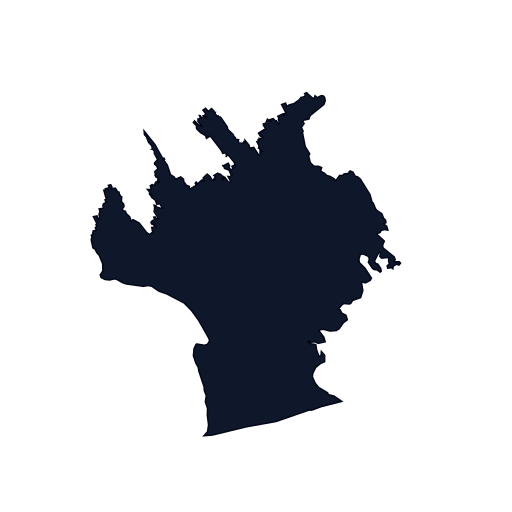 Bantul, Yogyakarta, Indonesia (Equal Earth projection), rotated 322°
{"feature_id": "22746128B15956982783625", "entity_name": "Bantul", "entity_type": "district", "adm_level": 2, "iso_a3": "IDN", "parent_name": "Indonesia", "parent_adm1": "Yogyakarta", "projection": "equal_earth", "projection_center": [110.384, -7.898], "detail": "fine", "context": "isolated", "style": "filled", "palette": "ink", "viewbox_px": 512, "rotation_deg": 322, "n_neighbors": 0, "source": "geoboundaries", "source_scale": "gbopen_adm2", "svg_char_len": 6168}
<svg xmlns="http://www.w3.org/2000/svg" viewBox="0 0 512 512"><g transform="rotate(322 256 256)"><path d="M288.8,112.2L289.2,116.9L287.8,118.5L287.6,120.3L288.3,124.9L290.4,130.1L289.4,132.8L293.9,133.3L293.7,151.3L293.0,154.7L295.2,155.7L295.0,158.7L293.1,159.2L296.3,159.0L296.5,169.2L294.8,171.5L295.1,172.6L293.5,172.5L293.6,170.8L292.3,170.5L291.6,173.0L289.7,172.9L288.9,170.3L290.8,168.5L291.2,165.7L286.1,164.9L285.3,163.8L285.7,166.1L285.1,167.6L287.6,171.7L286.5,175.9L287.3,177.2L284.1,177.4L282.9,176.1L282.0,181.6L279.8,181.3L279.9,174.6L278.5,174.0L278.3,175.1L276.5,175.7L276.7,174.4L279.3,173.7L278.3,170.8L279.0,170.8L278.2,170.4L278.1,169.0L277.0,168.7L276.9,167.2L272.4,166.6L272.8,168.6L270.6,169.4L270.9,170.9L270.2,170.9L269.2,168.6L269.5,170.3L267.8,169.6L267.6,168.1L268.4,167.3L268.7,165.1L268.0,161.4L262.5,161.9L261.7,164.8L260.3,164.4L260.4,162.8L254.2,163.1L254.5,161.0L253.8,160.9L252.8,161.4L252.6,163.5L245.3,162.6L245.4,160.9L246.4,160.2L244.7,157.4L244.9,152.8L246.2,150.8L245.9,149.0L244.9,148.4L245.4,147.3L239.9,146.0L240.2,143.4L238.7,139.3L242.1,129.7L242.3,123.6L243.4,123.7L243.8,122.4L242.6,121.5L245.0,105.8L244.8,88.6L242.8,91.7L243.0,94.5L241.3,100.4L241.7,104.7L240.5,107.9L239.7,107.7L240.4,108.7L240.4,111.0L239.1,112.4L237.8,119.5L233.5,120.1L232.6,121.1L233.1,124.1L232.4,126.9L228.0,127.2L227.1,130.1L226.2,130.0L225.8,132.3L227.0,134.1L224.9,136.1L225.6,137.8L225.2,138.7L223.8,137.9L223.6,136.4L222.4,136.0L220.1,137.3L218.6,137.1L218.1,135.7L216.0,135.6L216.2,136.4L215.3,136.7L214.4,139.3L211.4,136.7L211.6,140.1L210.2,141.4L210.2,142.7L211.6,142.7L211.5,143.7L210.3,143.5L209.9,145.7L211.0,149.8L209.7,154.2L212.3,155.5L211.8,160.5L210.7,160.2L208.0,156.5L208.1,154.8L207.0,153.2L205.9,155.5L202.9,158.4L202.3,166.4L200.3,165.2L200.7,163.3L199.4,162.4L198.5,165.0L196.1,164.3L193.8,164.9L193.6,167.1L194.8,167.1L194.4,169.2L195.5,169.1L194.7,171.4L191.4,169.3L189.3,173.6L185.3,173.5L184.3,170.3L184.3,158.2L181.5,151.6L179.0,152.0L180.6,147.3L179.9,142.6L180.7,140.4L178.9,138.0L180.8,135.9L182.3,135.9L183.7,133.7L183.5,130.1L186.6,126.8L186.1,125.8L186.6,122.6L187.4,121.4L186.5,119.9L187.0,116.0L183.2,113.7L185.0,112.9L185.4,110.5L183.8,109.6L183.1,109.4L182.7,110.9L180.6,112.1L180.7,111.1L178.5,110.2L177.2,111.6L176.5,110.6L172.9,119.4L171.6,118.8L170.7,121.4L167.8,121.0L166.3,122.1L165.3,124.5L161.4,122.3L160.5,124.8L157.7,126.7L157.0,128.5L154.9,130.3L153.9,130.0L155.4,126.5L152.1,124.9L150.6,132.3L149.1,132.8L148.8,134.6L146.7,134.8L146.2,137.5L143.1,136.0L140.4,138.5L139.1,138.2L138.1,140.4L136.2,141.6L132.5,149.2L133.4,151.6L132.6,155.2L132.9,158.8L130.4,167.7L126.1,173.5L121.6,175.0L120.7,177.6L122.6,181.6L125.9,184.8L130.4,186.9L131.8,188.5L134.4,194.9L136.5,198.1L148.5,210.5L152.7,212.8L155.2,215.5L157.8,223.9L162.4,231.1L170.4,248.7L171.6,259.3L171.2,271.0L170.0,279.6L168.1,292.1L167.0,294.4L163.4,295.7L160.4,294.6L155.1,288.8L154.3,288.8L150.2,290.8L145.3,296.0L142.7,303.2L141.9,308.3L140.2,311.2L134.6,327.0L132.3,330.5L130.8,335.5L126.3,339.7L124.0,346.2L119.7,351.4L114.6,359.9L109.7,364.6L104.3,365.6L111.5,370.3L142.7,384.4L170.0,398.8L202.8,410.0L205.1,411.8L214.7,414.9L234.1,423.4L231.2,414.3L227.7,409.8L228.2,407.8L224.4,398.0L224.4,392.3L226.0,386.0L228.4,383.5L234.4,380.6L240.7,380.4L245.0,381.6L249.0,376.5L248.7,371.5L246.1,374.3L244.7,374.5L244.1,373.0L246.0,367.2L248.6,362.6L245.0,358.7L244.2,355.3L245.1,355.3L246.1,357.6L249.7,360.1L251.3,363.2L257.7,366.2L259.5,361.8L259.6,354.7L260.4,353.1L264.1,355.4L268.1,360.7L273.4,364.2L276.9,364.5L283.7,362.4L288.7,362.5L290.4,358.1L288.4,353.7L289.2,350.3L288.3,348.5L294.3,347.3L296.1,347.7L300.0,351.3L301.5,351.7L304.7,350.5L312.8,353.2L318.9,349.0L323.1,341.4L325.8,344.6L330.9,345.5L333.3,344.6L334.4,332.8L333.4,324.7L335.2,321.8L339.0,319.1L341.6,320.1L344.1,325.1L344.2,326.6L343.1,328.5L340.7,330.1L340.2,337.4L340.6,339.2L342.9,341.6L343.9,345.2L345.3,345.1L346.6,342.7L347.0,337.4L345.6,335.2L346.4,332.8L355.3,328.7L356.0,330.1L353.3,332.6L353.7,335.1L358.6,338.1L359.3,339.4L357.1,342.0L356.4,344.3L353.3,344.5L352.3,346.7L355.6,348.6L356.0,350.3L357.8,348.5L361.5,348.9L363.1,351.2L365.5,350.6L365.4,348.8L361.1,345.3L363.5,344.5L364.3,341.7L361.1,327.9L362.4,325.4L366.3,323.3L364.7,313.6L365.9,313.0L368.1,313.9L370.3,312.9L373.5,314.2L375.8,316.8L377.3,313.2L376.4,309.1L378.8,309.8L380.2,307.6L379.8,304.9L381.2,300.1L379.3,294.5L379.3,292.2L381.0,286.4L380.6,285.1L383.6,277.9L385.6,259.7L384.8,256.1L383.3,254.3L384.0,249.6L382.6,247.0L381.2,246.9L380.3,248.1L376.0,245.6L373.7,245.8L371.5,244.0L364.8,245.8L365.2,243.6L363.4,238.9L361.3,236.0L360.9,233.0L359.2,228.9L362.2,226.7L360.5,223.8L356.9,220.9L356.3,215.8L359.1,209.5L361.2,208.6L362.2,200.0L368.6,187.4L370.0,186.6L370.9,182.6L375.4,181.3L376.0,178.5L376.8,178.2L382.0,180.6L385.2,178.7L402.9,178.4L406.1,176.3L407.7,173.4L407.7,171.5L406.2,169.8L401.7,168.9L401.2,166.1L399.5,167.2L397.9,167.0L396.4,158.4L394.3,157.9L394.1,159.6L392.2,160.2L388.9,158.7L386.6,159.5L379.9,159.3L375.0,157.3L372.5,157.3L373.4,153.7L369.4,152.4L367.6,162.0L365.2,160.9L365.0,162.7L364.1,162.4L364.3,160.5L359.2,159.3L358.9,161.9L357.8,162.0L356.3,166.0L355.0,165.6L355.4,162.0L354.4,161.6L354.2,158.3L350.8,157.1L350.8,159.1L350.3,159.0L349.2,155.2L345.3,157.4L343.1,156.4L342.3,157.6L342.0,161.6L333.6,160.7L333.2,164.5L334.0,164.6L334.4,166.7L331.6,166.3L330.8,165.2L329.9,166.5L329.4,165.9L329.2,166.9L327.1,166.3L326.3,171.0L324.4,172.5L325.1,173.1L324.1,175.6L325.2,177.2L323.0,176.5L322.6,178.2L320.3,178.1L321.1,169.0L317.5,167.1L318.7,164.5L318.6,158.0L317.5,159.5L316.9,158.4L315.7,159.3L312.1,156.7L312.9,154.2L313.9,153.7L311.8,151.4L312.6,150.0L312.2,148.4L312.8,146.1L311.7,138.9L312.9,136.3L313.6,124.8L312.5,124.0L312.6,122.4L311.5,121.9L311.3,118.2L312.3,117.8L311.5,117.2L312.1,116.1L311.8,112.4L307.5,112.8L307.2,108.5L304.0,108.4L304.0,113.2L302.4,113.4L302.5,116.6L301.5,116.5L301.5,113.5L300.8,113.6L300.6,112.3L299.9,115.6L299.6,114.4L298.2,114.3L298.5,111.2L297.9,110.5L297.1,113.2L294.5,112.3L294.0,113.9L293.3,113.8L293.1,120.3L291.7,118.8L290.8,111.7L288.8,112.2Z" fill="#0f172a" stroke="#020617" stroke-width="1.5"/></g></svg>